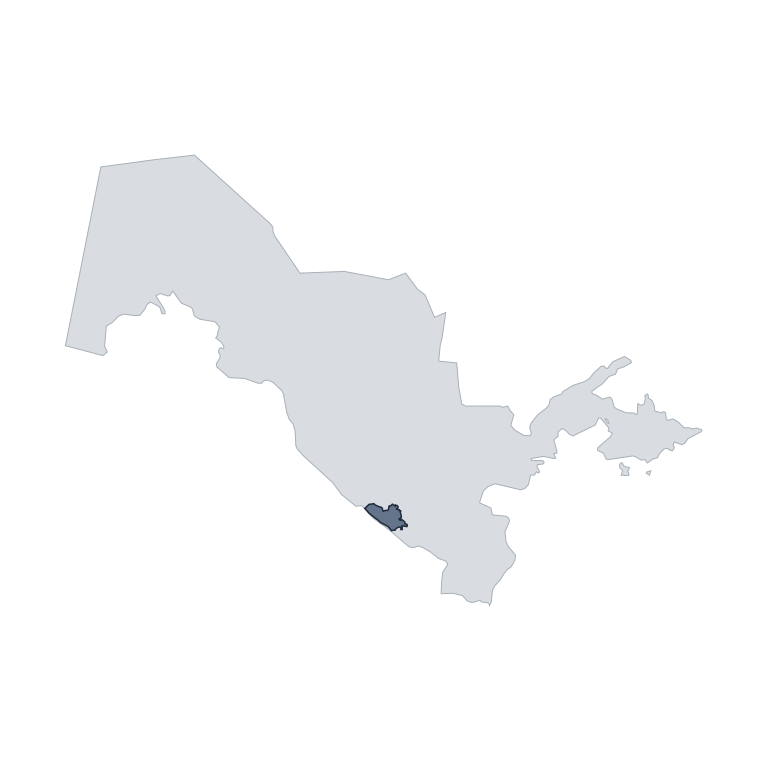 Mirishkar, Kashkadarya, Uzbekistan (highlighted), rotated 5°
{"feature_id": "79887680B34481827361029", "entity_name": "Mirishkar", "entity_type": "district", "adm_level": 2, "iso_a3": "UZB", "parent_name": "Uzbekistan", "parent_adm1": "Kashkadarya", "projection": "orthographic", "projection_center": [65.084, 38.797], "detail": "fine", "context": "in_parent", "style": "filled", "palette": "slate", "viewbox_px": 768, "rotation_deg": 5, "n_neighbors": 0, "source": "geoboundaries", "source_scale": "gbopen_adm2", "svg_char_len": 4864}
<svg xmlns="http://www.w3.org/2000/svg" viewBox="0 0 768 768"><g transform="rotate(5 384 384)"><path d="M609.7,342.1L621.1,335.6L627.8,339.0L628.6,341.2L621.7,345.9L615.4,348.6L613.8,354.1L607.6,356.8L601.6,364.7L591.9,372.9L591.8,374.4L592.8,375.7L596.1,376.4L603.1,380.1L609.5,377.4L611.1,377.8L612.9,380.2L615.2,386.9L618.2,388.6L627.8,391.6L634.8,391.1L638.4,392.3L638.9,391.6L638.6,381.4L641.7,382.9L644.8,381.4L645.7,376.2L644.8,372.9L647.0,370.9L648.2,372.0L648.6,375.1L652.2,376.9L655.0,381.7L656.2,387.4L662.8,388.5L665.0,387.2L666.9,387.7L668.4,394.9L669.4,395.5L674.9,393.6L680.4,396.2L686.6,401.3L693.1,401.1L694.5,402.0L699.0,400.7L704.4,401.8L704.7,402.7L703.9,404.0L691.8,411.8L688.7,416.8L686.0,418.5L678.2,416.5L677.3,419.5L678.8,422.2L677.3,425.4L673.3,424.6L672.4,423.2L668.6,424.2L664.5,429.4L662.7,433.7L658.6,435.2L653.2,439.7L650.6,436.6L646.5,437.3L640.8,434.4L638.0,434.0L613.7,439.9L611.8,439.4L608.8,434.0L602.5,431.4L602.6,428.7L614.5,416.5L615.7,412.9L611.4,411.2L611.9,408.2L603.2,399.5L601.7,399.0L600.6,399.5L598.0,406.4L576.9,419.2L573.7,418.3L568.6,414.2L565.3,412.8L561.6,416.6L561.9,421.1L558.0,424.6L562.3,436.4L562.0,437.9L559.2,438.5L561.5,442.8L559.8,443.4L549.2,442.2L537.1,445.4L537.5,447.3L548.4,446.5L550.0,447.3L550.3,448.7L549.7,449.7L544.0,451.0L543.5,452.8L546.7,458.0L545.4,459.2L543.3,458.3L541.8,461.7L538.1,461.7L536.5,471.9L533.6,475.6L529.5,477.5L503.3,473.7L496.6,477.1L492.3,481.8L489.6,493.0L490.0,494.2L501.3,498.2L503.3,504.9L516.8,505.1L519.1,506.1L520.3,507.7L521.0,509.6L517.4,520.7L519.3,530.4L521.7,534.8L530.0,543.1L529.8,547.8L528.1,552.0L526.0,555.8L523.6,557.4L520.3,562.1L517.5,567.9L511.9,575.6L510.1,579.8L509.8,591.9L508.4,595.5L508.1,594.2L506.0,592.9L499.9,592.6L498.7,591.1L490.9,594.1L486.0,593.0L480.8,588.1L471.3,586.5L459.2,587.9L458.6,575.4L459.0,566.1L463.0,558.8L462.8,557.4L460.8,554.9L453.5,553.0L444.9,547.3L437.0,543.6L432.5,542.4L427.5,544.5L423.0,544.0L402.0,529.0L384.4,518.2L372.4,507.1L366.6,508.2L351.3,497.8L341.6,486.8L309.4,462.1L303.1,456.1L301.6,453.1L299.5,438.3L296.8,431.5L292.8,427.7L289.5,420.5L284.8,403.1L283.0,399.8L273.6,392.2L268.2,390.2L264.1,391.2L261.7,394.0L258.5,394.2L244.6,390.6L229.2,391.2L216.1,381.6L215.3,380.2L215.5,377.8L218.4,372.1L218.0,369.5L216.4,366.7L216.6,363.7L217.9,362.1L220.4,362.8L221.3,361.8L221.1,360.2L218.2,356.4L212.3,352.8L213.6,350.7L214.2,345.1L215.3,342.2L214.6,341.1L210.2,336.7L195.2,335.6L191.8,334.2L189.0,332.4L186.6,326.0L185.3,324.4L175.2,321.2L165.5,309.8L163.1,314.4L161.0,315.2L153.2,313.4L149.0,316.0L157.9,327.7L159.7,331.2L159.5,333.2L156.6,333.3L154.5,327.9L153.0,326.3L144.0,322.7L140.7,325.8L139.5,329.9L134.9,336.8L130.1,337.6L118.9,337.1L115.5,338.5L113.0,340.2L108.2,346.2L102.3,350.6L102.4,370.9L105.6,376.2L101.5,380.2L63.3,373.6L83.0,192.4L136.9,180.3L175.2,172.5L257.4,234.8L259.4,237.2L260.3,242.2L262.3,246.2L290.6,280.9L334.7,275.3L379.2,279.8L395.9,271.7L409.0,286.5L417.2,291.7L428.5,313.2L439.3,307.4L437.8,333.2L436.6,341.0L436.5,356.4L454.6,356.7L458.9,381.5L463.2,397.1L467.2,398.9L501.6,395.8L504.2,396.9L509.1,395.1L512.4,400.0L516.0,403.3L513.9,414.3L518.3,418.5L528.1,423.2L534.0,422.8L535.0,420.9L534.6,418.4L533.1,415.8L533.1,412.6L534.0,410.2L539.4,401.8L548.4,393.3L550.3,390.2L550.9,385.1L554.1,382.1L561.9,378.4L563.0,375.8L572.4,368.9L583.2,364.3L588.0,360.7L592.4,354.2L599.0,347.2L601.7,347.0L603.7,348.9L605.3,349.0L609.7,342.1ZM611.4,403.4L609.9,400.2L608.1,399.2L607.3,399.7L610.3,403.5L611.4,403.4ZM635.7,453.9L628.3,454.2L629.2,449.3L626.4,447.2L625.7,444.8L626.2,442.5L627.9,441.6L630.3,444.9L636.0,446.1L634.4,449.6L636.0,453.1L635.7,453.9ZM657.4,447.2L656.4,451.7L653.0,450.0L653.4,448.8L657.4,447.2Z" fill="#d9dde1" stroke="#a8b0b8" stroke-width="1"/><path d="M375.7,509.5L375.9,509.8L377.2,510.9L378.5,512.2L380.5,514.1L382.8,515.7L385.6,517.4L386.4,518.1L388.9,519.5L390.3,520.4L390.9,521.0L391.2,521.2L392.3,522.1L393.3,522.6L394.8,523.2L396.7,524.0L397.7,524.4L399.0,525.0L400.0,525.4L400.5,525.7L402.5,527.6L403.6,528.8L404.3,529.5L405.0,529.2L406.3,528.7L407.6,528.8L408.5,527.2L409.8,526.0L411.5,525.2L412.9,525.2L413.4,526.1L413.5,527.5L414.8,527.4L414.7,525.6L414.4,525.4L414.4,523.6L417.8,524.0L419.4,523.9L419.5,522.8L419.1,521.8L417.0,521.4L416.9,519.8L415.6,518.8L413.7,517.6L412.8,518.3L412.3,517.9L411.8,518.2L410.8,517.1L411.5,516.5L412.3,516.5L412.9,515.8L412.6,515.0L412.8,514.2L411.9,511.6L411.3,510.1L411.7,509.5L411.6,508.8L410.1,508.7L410.0,507.9L409.0,507.9L408.1,507.5L407.4,507.6L407.4,507.2L408.6,506.3L408.7,505.1L407.7,503.9L406.8,504.0L405.9,503.5L405.7,504.7L402.8,503.0L401.3,504.8L400.7,504.7L400.1,505.2L399.6,505.3L399.3,509.0L398.1,509.8L396.7,509.7L394.3,510.8L393.3,508.8L393.2,507.9L391.6,506.9L390.5,506.9L387.7,506.0L385.4,505.1L384.5,504.1L379.6,505.2L375.7,509.5Z" fill="#64748b" stroke="#1e293b" stroke-width="1.5"/></g></svg>